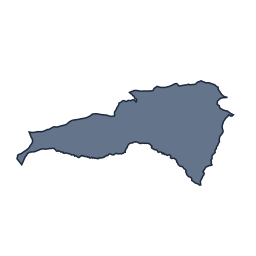 Herrán, Norte de Santander, Colombia (Natural Earth projection), rotated 109°
{"feature_id": "7082276B14743342405836", "entity_name": "Herrán", "entity_type": "district", "adm_level": 2, "iso_a3": "COL", "parent_name": "Colombia", "parent_adm1": "Norte de Santander", "projection": "natural_earth1", "projection_center": [-72.49, 7.478], "detail": "fine", "context": "isolated", "style": "filled", "palette": "slate", "viewbox_px": 256, "rotation_deg": 109, "n_neighbors": 0, "source": "geoboundaries", "source_scale": "gbopen_adm2", "svg_char_len": 5783}
<svg xmlns="http://www.w3.org/2000/svg" viewBox="0 0 256 256"><g transform="rotate(109 128 128)"><path d="M79.5,114.5L80.3,114.8L81.1,115.3L81.5,115.9L81.9,116.1L82.9,116.4L83.7,116.4L84.4,116.6L85.2,117.6L85.7,119.1L87.1,122.5L87.2,123.3L89.3,128.6L89.3,130.3L89.9,132.6L90.7,134.7L91.7,135.6L92.7,136.9L93.9,138.2L94.6,136.7L94.6,135.7L95.1,135.2L95.4,134.5L95.9,133.9L95.9,132.9L96.1,132.5L97.2,131.8L97.9,131.0L98.0,130.3L97.8,129.5L98.6,129.0L100.6,128.7L100.7,128.8L100.6,129.6L99.8,130.5L99.5,131.5L99.5,131.9L99.7,132.6L100.0,133.1L101.1,134.1L101.7,136.3L102.1,137.1L103.6,138.2L103.5,140.1L103.5,141.1L103.7,141.5L104.5,142.2L106.3,143.3L107.0,144.4L107.6,144.6L108.9,144.4L109.5,144.4L112.6,145.1L115.5,145.3L116.7,145.8L117.3,145.9L119.3,145.3L120.3,144.7L121.0,144.7L122.7,148.1L122.8,152.7L123.2,153.8L123.5,155.5L124.1,158.0L124.6,161.7L125.1,163.4L126.2,165.7L126.5,166.2L127.4,166.9L128.6,167.4L129.5,168.3L130.1,169.0L131.0,169.7L132.9,172.3L134.2,174.8L135.9,177.6L138.4,182.4L139.0,183.3L139.8,184.1L141.1,185.3L144.1,187.1L145.1,187.8L148.1,192.4L150.2,195.3L150.8,197.9L151.1,198.6L152.1,199.7L153.2,200.6L155.5,202.8L155.7,203.8L156.4,204.6L157.2,205.2L157.8,205.9L159.1,207.6L160.0,209.5L160.8,212.1L163.0,215.9L163.6,218.0L164.0,220.2L164.5,219.7L166.9,217.7L168.4,216.4L169.4,215.1L171.0,214.1L172.4,213.7L174.4,214.0L176.4,214.7L178.7,215.1L180.7,216.1L181.9,216.9L184.4,218.8L186.5,220.3L187.0,220.7L188.8,222.9L189.2,223.2L189.7,223.3L193.2,223.0L197.3,216.5L188.7,215.8L187.1,215.1L185.1,214.8L183.3,213.5L182.4,212.1L180.8,208.5L176.5,203.6L175.4,201.5L174.8,198.9L173.1,195.7L171.3,191.5L171.8,190.7L172.1,189.5L172.9,188.6L173.1,187.9L172.9,187.1L172.3,186.7L172.1,186.3L172.4,185.6L172.2,185.2L172.2,184.8L172.6,183.7L172.2,182.8L172.1,182.0L172.2,181.8L172.6,181.6L172.6,181.3L172.3,181.0L172.7,180.7L172.6,179.9L172.0,178.9L171.6,177.5L171.7,175.9L171.5,174.9L171.4,174.2L171.5,173.6L171.9,173.1L171.9,172.6L171.6,171.9L171.0,171.2L171.2,170.6L171.2,169.8L172.0,169.3L171.8,168.9L171.3,168.6L171.1,168.1L171.3,167.4L171.8,166.4L172.0,165.3L171.9,164.8L171.6,164.5L170.8,164.2L170.3,163.5L169.6,163.4L169.1,162.8L169.3,162.0L168.7,161.4L169.0,160.9L169.1,159.9L168.8,159.2L168.9,158.6L168.4,157.8L168.8,156.7L168.4,156.2L168.2,155.8L168.3,155.3L168.8,154.9L168.8,154.4L168.4,153.5L167.6,152.8L167.6,152.4L168.0,152.0L168.0,151.6L167.0,150.7L167.1,150.3L167.4,149.9L167.5,149.5L166.9,148.5L167.0,147.2L166.7,146.2L166.3,145.6L165.7,145.7L165.4,145.5L165.1,143.6L164.6,142.7L163.9,142.0L163.6,141.2L163.3,141.0L162.8,141.0L162.5,140.5L162.1,140.2L161.8,139.8L161.1,139.5L160.8,139.1L160.8,138.4L160.5,138.0L159.3,137.9L158.6,137.2L158.3,136.2L158.5,134.7L158.3,133.4L157.9,132.6L156.8,132.0L156.1,131.3L155.8,130.4L155.8,129.4L155.5,128.8L155.4,128.1L154.9,127.3L154.6,125.8L154.3,125.3L153.6,124.8L153.2,124.0L152.2,123.6L151.8,122.7L150.8,123.1L148.5,123.1L147.0,122.5L144.7,122.5L143.6,122.2L142.9,121.9L142.3,121.5L141.2,120.2L140.9,119.7L140.6,118.7L140.4,118.5L139.9,118.3L139.4,117.8L138.8,116.9L138.8,116.2L138.3,115.1L138.3,114.7L138.7,112.4L138.7,111.5L138.2,110.3L137.5,109.2L137.3,108.5L137.1,107.2L136.9,107.0L136.7,106.3L136.5,105.7L136.5,105.3L136.0,104.4L135.9,103.8L136.2,102.8L136.1,102.3L136.3,101.4L136.9,100.9L137.5,99.4L137.9,99.3L138.3,99.5L138.6,99.5L139.2,99.0L139.5,98.3L139.6,96.4L139.9,95.7L139.5,94.2L139.5,93.5L141.1,91.6L141.1,91.3L140.2,90.1L140.1,89.0L140.2,87.9L140.5,87.7L140.8,87.7L141.1,87.5L141.3,87.1L141.1,86.8L140.5,86.5L140.1,86.1L140.4,85.6L141.0,85.4L141.1,85.0L140.7,83.4L141.0,82.8L141.1,81.9L140.1,80.8L139.9,80.3L140.0,79.5L140.3,78.8L140.6,78.5L142.0,78.3L142.3,78.2L142.4,77.9L142.6,76.6L141.9,75.4L141.7,74.7L141.9,73.6L142.6,72.0L142.9,71.5L144.3,70.9L145.1,69.5L145.8,69.0L146.3,68.5L147.2,66.1L146.8,64.0L147.3,63.1L148.2,61.8L148.4,60.8L149.1,59.5L149.4,59.1L150.4,59.2L150.7,59.1L151.9,57.9L152.8,57.4L153.3,56.8L153.4,56.3L154.3,54.9L154.2,53.1L154.5,52.0L155.1,51.4L155.5,51.1L156.8,50.7L157.0,50.3L157.3,48.6L158.1,46.8L158.1,43.4L158.7,42.1L158.5,41.3L158.2,40.7L157.6,40.9L156.4,41.6L155.8,41.8L155.1,42.2L154.4,42.2L151.3,41.7L149.5,41.7L148.3,41.2L146.5,41.1L146.0,41.1L145.0,43.0L144.2,42.6L143.1,42.4L140.3,41.8L139.8,41.6L139.2,41.3L138.5,40.3L137.2,39.1L136.2,37.0L136.0,36.8L135.4,36.6L134.4,37.8L132.7,38.2L132.0,38.6L131.5,39.2L131.0,39.1L130.3,38.7L129.2,38.6L128.2,39.2L127.3,39.4L126.5,39.4L126.0,39.2L123.6,38.1L122.9,37.6L122.7,37.6L121.9,38.1L121.0,38.4L120.5,38.4L119.7,38.3L118.9,37.7L117.0,38.2L116.3,38.0L115.0,37.5L114.3,37.5L113.3,37.7L113.0,37.5L111.1,37.1L110.1,37.6L108.7,38.2L107.5,38.1L106.7,38.5L106.2,38.5L102.8,37.2L100.6,36.8L99.2,37.6L97.7,38.6L96.1,39.4L95.0,39.7L90.7,39.8L87.3,38.9L85.8,38.2L85.4,37.9L84.3,37.4L82.9,37.1L83.0,35.9L83.3,34.9L83.3,34.6L82.5,33.2L82.3,33.1L82.2,33.3L81.2,32.7L81.1,33.9L80.9,34.3L81.0,35.0L80.9,35.5L80.2,37.6L79.9,38.9L79.5,39.9L79.8,40.6L80.0,42.1L79.9,42.7L80.0,43.3L79.8,44.8L79.8,45.5L79.4,46.6L79.4,47.4L78.4,48.1L77.8,48.9L77.4,48.9L77.1,49.1L76.9,50.3L76.5,51.4L75.5,51.5L75.1,51.9L74.5,52.1L73.9,52.2L72.6,51.8L70.1,50.3L69.5,49.8L68.4,47.8L66.7,43.9L66.9,46.7L66.8,48.2L65.9,50.0L65.7,50.5L65.3,50.9L64.7,51.9L63.0,53.9L62.4,55.1L61.9,55.4L61.1,55.6L60.0,56.2L60.0,57.5L59.9,57.9L59.0,59.7L59.0,60.7L58.8,61.3L59.0,63.7L58.7,65.0L59.0,66.5L59.9,69.1L60.0,69.8L60.0,70.1L59.7,70.6L59.9,72.4L59.5,74.0L59.7,74.4L61.1,75.9L61.4,76.6L61.9,77.1L63.3,77.9L64.2,78.2L65.2,79.4L65.8,81.1L66.9,83.2L67.0,83.7L66.9,85.0L67.0,85.3L68.1,86.4L68.9,88.4L70.1,90.5L70.8,91.8L71.6,93.3L71.6,93.8L71.3,94.3L70.6,95.2L70.3,95.9L70.2,96.5L70.3,96.9L70.9,98.1L72.5,99.5L73.0,100.1L74.7,101.8L77.6,106.1L78.0,107.6L78.8,109.5L79.1,111.5L79.1,113.6L79.4,114.1L79.5,114.5Z" fill="#64748b" stroke="#1e293b" stroke-width="1.5"/></g></svg>